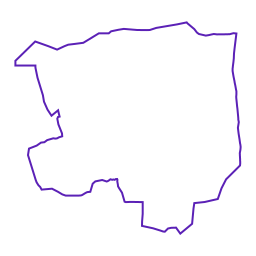 the district of Gwiwa, Jigawa, Nigeria
{"feature_id": "59680162B64636531363939", "entity_name": "Gwiwa", "entity_type": "district", "adm_level": 2, "iso_a3": "NGA", "parent_name": "Nigeria", "parent_adm1": "Jigawa", "projection": "equal_earth", "projection_center": [8.29, 12.74], "detail": "fine", "context": "isolated", "style": "outline", "palette": "violet", "viewbox_px": 256, "rotation_deg": 0, "n_neighbors": 0, "source": "geoboundaries", "source_scale": "gbopen_adm2", "svg_char_len": 2169}
<svg xmlns="http://www.w3.org/2000/svg" viewBox="0 0 256 256"><path d="M108.8,33.3L98.9,33.3L83.3,42.8L74.9,43.9L68.2,44.7L64.4,46.2L59.9,48.3L58.8,48.8L57.1,49.6L48.4,46.2L35.2,41.5L26.6,49.9L15.4,60.8L15.4,65.5L35.4,65.5L35.4,66.5L35.5,68.0L37.5,77.7L42.9,95.2L44.0,101.7L47.5,109.6L51.5,115.7L58.1,110.3L58.7,113.0L59.6,116.6L58.0,117.0L57.3,118.7L58.4,124.4L62.0,133.4L62.2,136.3L60.6,136.8L59.0,137.3L57.2,138.3L56.2,138.5L55.2,138.6L53.3,138.3L47.2,140.1L44.4,142.2L41.0,142.6L36.7,145.6L29.0,148.6L28.0,155.1L35.7,179.9L36.6,182.3L38.4,185.2L40.2,187.0L41.6,189.6L52.0,188.7L58.0,191.8L62.3,194.4L65.7,195.6L78.4,195.6L80.2,195.5L81.1,195.4L82.2,195.0L84.3,193.7L85.8,192.8L87.3,192.1L90.3,191.8L92.7,183.7L95.3,181.4L102.2,180.0L106.7,181.5L107.8,181.1L109.1,180.3L110.4,179.3L111.2,179.5L112.2,179.8L113.3,179.5L114.7,179.8L115.7,179.1L117.1,179.0L117.4,179.7L117.3,181.5L117.6,183.2L117.9,184.8L118.0,186.2L118.8,187.7L122.0,192.7L124.6,201.7L125.8,202.1L130.7,201.9L142.7,202.1L142.7,213.9L142.1,221.5L142.0,225.9L153.1,228.3L160.2,230.5L163.1,231.5L164.8,231.7L168.0,228.5L171.2,227.8L175.1,227.7L176.0,227.6L180.3,233.6L192.1,223.8L193.5,208.6L194.3,203.1L204.7,202.0L217.8,199.0L221.5,188.3L226.1,179.3L240.0,165.5L240.2,163.7L240.2,162.2L240.2,161.6L240.1,160.7L240.1,158.9L240.0,157.9L240.0,157.4L240.0,156.7L239.9,156.1L239.9,155.0L239.8,153.1L240.0,152.0L240.4,149.8L240.6,147.6L240.6,146.5L240.3,144.3L240.1,143.6L239.5,139.2L238.6,133.5L237.9,127.8L238.8,122.1L238.3,119.6L238.3,118.5L238.1,116.0L237.4,108.5L237.1,106.3L236.8,103.1L236.3,98.3L236.2,96.8L236.3,95.7L236.4,94.1L236.4,91.2L236.0,89.4L235.8,88.3L235.3,85.5L235.0,84.1L234.9,83.7L234.8,83.0L234.7,82.8L234.5,81.3L233.5,76.4L232.6,71.0L232.6,70.3L232.6,68.6L232.8,67.2L232.9,66.0L233.1,64.5L233.4,62.2L233.8,58.4L234.0,53.5L234.6,48.1L236.4,33.5L233.6,33.2L233.0,33.3L229.7,34.2L224.7,34.3L219.1,34.3L217.0,34.4L215.5,34.2L213.8,34.0L211.4,34.5L208.8,35.1L206.4,35.5L205.8,35.6L198.9,34.0L196.9,32.5L194.3,29.1L187.3,23.2L186.7,22.4L177.0,24.4L156.3,27.9L149.8,30.0L146.7,30.1L137.2,30.0L123.8,28.9L118.3,29.8L111.1,31.3L108.8,33.3Z" fill="none" stroke="#5b21b6" stroke-width="2"/></svg>